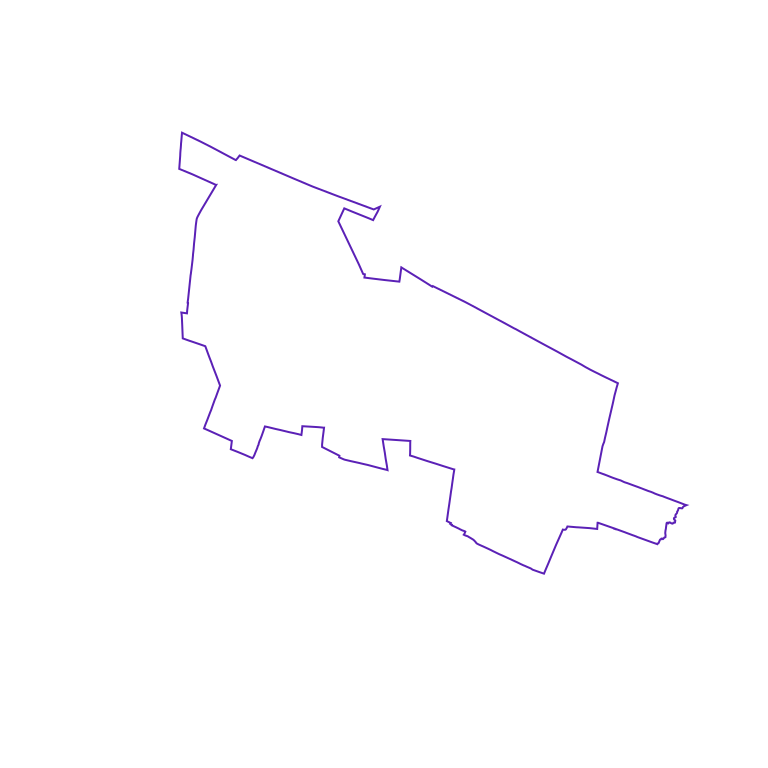 Baba Ana, Prahova, Romania, rotated 219°
{"feature_id": "2599482B26950775852697", "entity_name": "Baba Ana", "entity_type": "district", "adm_level": 2, "iso_a3": "ROU", "parent_name": "Romania", "parent_adm1": "Prahova", "projection": "natural_earth1", "projection_center": [26.48, 44.974], "detail": "fine", "context": "isolated", "style": "outline", "palette": "violet", "viewbox_px": 768, "rotation_deg": 219, "n_neighbors": 0, "source": "geoboundaries", "source_scale": "gbopen_adm2", "svg_char_len": 5937}
<svg xmlns="http://www.w3.org/2000/svg" viewBox="0 0 768 768"><g transform="rotate(219 384 384)"><path d="M498.8,519.2L501.8,513.2L538.1,500.9L543.9,499.0L558.9,494.1L563.8,492.5L584.2,486.6L586.7,485.9L640.0,470.7L639.9,467.6L640.0,464.8L640.2,464.7L667.6,459.4L679.3,456.9L699.1,452.2L698.4,451.1L694.2,444.9L692.9,442.9L692.2,442.0L691.1,440.4L690.0,438.8L689.5,438.0L688.2,436.1L687.5,435.1L686.0,433.1L682.1,427.5L678.5,422.3L664.8,426.4L639.8,433.0L639.7,433.1L635.5,403.9L634.7,399.5L634.1,396.5L633.6,394.8L633.1,393.8L631.6,391.3L630.0,388.7L623.4,378.9L620.0,373.6L619.1,372.3L616.5,368.5L613.9,364.4L613.3,363.6L610.9,360.0L606.1,352.4L603.6,348.3L603.5,348.2L602.8,346.9L590.0,327.2L587.8,323.6L587.4,323.8L587.2,323.6L583.7,318.0L581.6,314.9L586.5,312.0L586.1,311.6L585.5,311.1L584.5,310.1L583.6,309.2L582.4,307.9L581.7,307.1L577.1,301.9L569.1,292.8L565.1,294.2L562.0,295.3L561.0,295.7L552.0,299.0L549.2,300.0L546.7,300.9L546.3,300.7L539.3,296.5L536.4,294.8L532.2,292.4L528.1,289.9L526.0,288.7L519.2,284.8L510.4,279.6L507.6,271.4L506.2,267.4L505.7,265.5L503.4,258.9L501.9,254.8L501.3,252.7L498.8,245.1L497.1,239.6L495.9,236.2L491.1,237.5L466.4,244.0L462.0,236.9L455.1,239.1L447.4,241.4L443.3,242.5L439.5,243.6L439.5,244.1L439.5,244.8L440.0,247.2L440.8,249.7L442.1,254.2L443.0,256.4L443.3,257.9L443.9,258.9L444.8,261.3L445.4,263.5L446.1,265.7L446.5,266.9L448.1,271.4L448.8,273.3L449.6,275.5L449.8,276.1L447.0,277.5L439.8,280.9L435.6,283.0L433.7,283.9L429.5,285.9L428.2,286.5L427.0,287.1L423.3,289.0L418.8,291.2L416.1,292.4L418.7,296.6L420.9,299.8L411.3,306.7L408.2,308.9L406.3,310.2L403.2,312.2L403.1,312.3L402.4,311.2L400.9,308.8L397.7,303.6L395.0,299.5L394.1,298.1L393.7,297.6L392.5,296.1L392.1,296.2L373.5,300.2L372.7,298.8L367.9,300.1L367.1,300.4L366.8,300.5L361.0,303.3L355.6,306.0L353.4,307.1L351.7,307.9L351.1,308.2L348.4,309.5L345.8,310.8L337.1,314.7L335.1,315.6L331.8,317.1L327.4,319.2L327.1,319.3L330.3,322.3L335.7,327.0L340.1,331.1L344.8,335.2L348.3,338.4L350.4,340.3L345.3,343.9L327.7,356.3L327.2,355.6L325.4,353.3L322.9,350.2L319.8,346.2L318.8,344.8L315.2,346.3L311.9,347.5L302.0,351.3L293.0,354.9L286.5,357.4L275.9,361.6L275.6,361.8L274.9,360.7L273.0,357.3L270.7,353.5L268.5,349.8L266.0,345.7L264.3,342.7L262.0,338.9L257.8,331.9L254.8,326.8L250.8,320.2L248.9,317.0L248.0,317.2L245.0,317.9L244.7,318.0L244.6,317.0L242.7,317.4L242.5,316.8L238.2,317.9L234.4,318.8L234.1,318.8L230.7,319.6L229.8,320.0L228.0,320.5L227.9,320.5L227.1,317.7L227.1,317.1L225.6,317.4L223.8,318.1L222.8,318.4L221.6,318.5L219.9,318.8L218.9,318.9L217.5,319.1L216.5,319.2L215.1,319.1L212.7,318.7L212.3,318.5L211.8,318.5L211.2,318.5L210.8,318.6L209.7,318.8L208.2,319.2L206.3,319.7L204.5,320.2L199.0,321.6L196.5,322.2L194.6,322.6L193.6,322.8L192.4,323.1L190.6,323.5L187.2,324.3L184.0,325.2L181.3,325.9L169.2,329.0L168.5,329.2L166.7,329.6L165.9,329.8L165.4,329.9L164.8,330.0L163.7,330.3L161.3,330.9L160.5,331.2L157.8,331.9L156.1,332.4L155.0,332.7L154.0,333.0L153.2,333.1L151.7,333.2L144.1,335.9L140.3,337.3L141.5,341.3L143.4,348.0L145.5,355.1L149.1,367.5L152.5,380.3L153.4,383.4L152.8,383.7L152.6,383.9L152.3,384.1L151.6,384.6L151.2,385.3L151.2,385.8L151.5,387.6L151.8,388.7L144.4,393.7L142.9,394.8L133.5,401.4L130.7,403.2L127.1,405.5L130.7,410.6L130.5,410.8L114.6,416.5L114.4,416.3L113.0,416.8L113.2,417.0L102.8,420.6L102.4,420.7L96.5,422.7L95.5,423.0L95.3,423.1L94.2,423.5L92.1,424.2L90.9,424.5L78.8,428.7L75.9,429.7L70.9,431.5L71.1,432.1L70.5,432.8L70.6,433.6L71.3,435.9L71.5,436.7L71.4,437.1L71.3,437.4L71.0,437.6L71.0,438.0L71.1,438.4L70.9,438.7L70.7,438.9L70.0,438.9L69.7,438.9L69.6,439.0L69.5,439.3L69.5,439.6L69.5,440.1L69.5,440.4L69.5,440.8L69.5,441.1L69.2,441.5L68.9,442.0L69.2,442.5L69.8,443.4L70.4,444.0L70.9,444.5L71.3,444.8L71.8,445.4L72.2,446.0L73.1,447.4L73.3,447.8L73.8,448.8L74.7,450.2L75.7,451.9L76.2,452.7L76.7,453.5L76.8,453.8L76.8,454.1L76.7,454.4L76.4,454.6L76.1,454.6L75.9,454.5L75.6,454.5L75.4,454.5L75.3,454.9L75.4,455.3L75.4,455.5L75.3,455.9L75.1,456.1L74.8,456.3L74.3,456.4L74.1,456.5L73.9,456.4L73.4,456.5L72.9,456.6L72.4,456.8L72.1,456.9L71.9,457.1L71.8,457.3L71.7,457.5L71.7,457.8L71.8,458.0L71.8,458.4L71.6,458.6L71.4,458.8L71.0,459.0L70.8,459.1L70.7,459.2L70.7,459.4L70.7,459.5L70.8,459.7L71.0,459.9L71.2,460.3L71.4,460.7L71.5,460.9L71.6,461.1L71.9,461.2L72.5,461.3L72.9,461.3L73.2,461.3L73.6,461.5L73.9,461.8L74.1,462.0L74.2,462.3L74.2,462.8L74.1,463.1L73.8,463.4L73.6,463.8L73.5,464.0L73.7,464.4L74.1,464.7L74.5,464.9L74.9,465.3L75.1,465.8L75.2,466.3L75.1,466.8L75.1,467.4L75.1,467.9L75.2,468.3L75.3,468.5L75.5,468.9L75.8,469.2L75.9,469.9L75.9,470.4L76.0,470.8L76.1,471.1L76.3,471.5L76.6,472.1L76.7,472.6L76.8,472.9L76.7,473.2L76.4,473.5L75.9,473.9L75.1,474.3L74.4,474.7L74.2,474.9L74.0,475.1L74.0,475.3L74.0,475.6L74.1,475.9L74.2,476.3L74.2,476.9L74.0,477.6L73.7,478.2L73.3,479.1L72.7,480.2L74.4,479.5L76.9,478.7L80.9,477.4L85.6,475.8L89.0,474.7L91.9,473.7L95.6,472.5L96.4,472.3L99.3,471.1L102.4,470.0L104.9,469.2L106.3,468.9L108.9,468.1L111.2,467.2L121.7,463.8L126.3,462.2L132.5,460.1L135.3,459.0L136.9,458.6L139.4,458.0L142.7,456.7L146.9,455.2L149.1,454.5L153.6,453.1L162.7,450.0L175.0,473.1L175.8,475.3L176.4,477.4L178.5,481.5L180.8,486.3L183.0,490.6L184.8,494.2L186.5,497.6L188.4,501.5L193.6,512.2L194.9,514.8L197.7,520.3L199.2,523.7L201.1,527.9L202.7,531.8L216.2,528.6L221.0,527.5L223.9,526.9L227.8,526.0L232.9,524.9L235.2,524.5L237.8,524.0L240.5,523.6L242.7,523.3L254.1,521.1L257.5,520.4L259.5,520.0L269.7,518.2L275.5,517.1L280.2,516.2L286.0,515.1L303.8,511.8L311.4,510.4L316.5,509.5L317.5,509.2L326.3,507.6L369.0,499.5L372.5,498.8L407.7,490.8L407.7,490.0L421.3,488.4L433.1,486.9L443.9,485.5L437.5,475.0L436.5,473.2L448.3,465.6L459.9,458.3L466.2,454.4L467.9,457.2L469.5,456.4L478.5,461.0L521.9,481.7L522.4,483.6L525.4,495.5L517.0,498.0L499.8,503.3L495.6,504.5L496.4,508.5L496.6,509.6L497.1,512.3L497.2,513.0L497.5,514.3L498.0,516.3L498.8,519.2Z" fill="none" stroke="#5b21b6" stroke-width="2"/></g></svg>